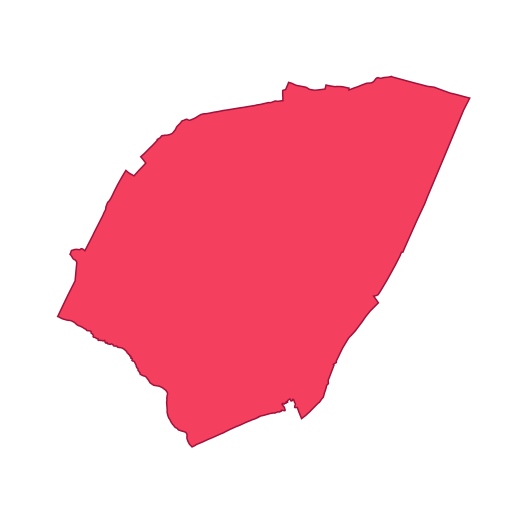 Gavanesti, Olt, Romania (orthographic projection), rotated 189°
{"feature_id": "2599482B13192402804767", "entity_name": "Gavanesti", "entity_type": "district", "adm_level": 2, "iso_a3": "ROU", "parent_name": "Romania", "parent_adm1": "Olt", "projection": "orthographic", "projection_center": [24.014, 44.415], "detail": "fine", "context": "isolated", "style": "filled", "palette": "rose", "viewbox_px": 512, "rotation_deg": 189, "n_neighbors": 0, "source": "geoboundaries", "source_scale": "gbopen_adm2", "svg_char_len": 6056}
<svg xmlns="http://www.w3.org/2000/svg" viewBox="0 0 512 512"><g transform="rotate(189 256 256)"><path d="M150.1,454.6L153.4,453.3L157.6,452.3L160.2,451.1L161.1,451.0L163.5,451.2L164.3,450.9L165.2,450.1L166.6,447.5L167.4,446.4L168.5,445.5L169.6,444.9L173.8,443.9L178.3,441.4L181.6,439.3L185.6,437.2L190.2,434.5L190.4,436.4L192.0,436.4L194.7,436.6L196.7,436.7L199.0,436.6L203.1,436.0L204.2,435.6L209.6,435.6L213.6,435.8L213.9,431.7L222.2,429.3L224.6,428.9L227.3,428.9L229.3,429.0L232.6,430.4L234.4,430.6L241.9,430.8L243.6,431.0L247.7,432.2L251.0,432.6L251.3,430.8L252.0,428.2L252.5,426.1L252.7,425.2L253.4,424.7L255.5,423.7L255.0,420.2L254.2,416.5L253.7,413.6L254.4,413.5L258.6,412.2L259.7,412.1L260.9,412.2L261.7,411.9L264.4,410.3L265.8,409.7L267.7,409.5L276.1,406.1L278.1,405.6L280.9,404.4L288.0,402.1L290.8,401.1L294.8,399.9L307.4,395.7L311.1,394.6L316.1,392.7L320.2,391.4L323.0,390.3L327.3,388.8L329.8,388.3L332.6,387.1L335.5,384.7L337.4,383.0L339.1,381.8L342.6,379.7L343.2,379.6L344.1,379.7L345.0,380.1L346.1,380.2L346.9,379.8L348.5,378.7L350.1,377.9L350.6,377.4L351.0,376.3L351.6,375.3L354.3,371.6L354.7,370.7L355.0,369.5L355.4,368.2L356.1,366.9L356.9,365.6L357.4,364.6L358.1,363.8L360.3,362.4L363.2,361.3L365.3,361.0L365.9,360.6L367.7,360.2L368.2,359.6L369.3,357.6L370.0,357.1L371.8,355.6L371.4,355.1L372.8,353.0L375.9,348.5L378.0,345.8L380.9,341.7L382.6,339.4L385.4,336.0L384.4,335.2L379.4,330.6L380.9,328.2L385.1,322.2L389.0,316.1L391.7,317.1L392.8,317.4L393.9,317.9L395.5,318.7L397.9,320.2L400.5,313.8L403.9,304.6L406.3,297.1L407.1,294.2L408.5,290.0L409.2,288.4L409.7,287.4L410.9,285.7L411.2,284.6L411.9,281.0L411.8,278.6L412.0,277.7L412.9,275.0L413.6,272.1L419.2,254.9L419.7,253.4L420.1,251.8L425.8,234.4L427.6,235.5L428.7,235.9L429.8,235.9L430.5,235.2L430.9,234.7L434.2,234.5L435.8,234.2L439.1,232.6L439.3,231.9L439.6,229.8L440.0,228.6L439.0,227.9L436.2,224.7L435.1,224.1L433.8,223.7L433.0,223.0L432.0,221.7L430.8,203.1L435.8,187.5L442.4,165.2L441.4,165.1L440.0,164.5L437.5,163.7L432.5,163.1L428.9,163.2L428.1,163.1L424.7,161.9L422.9,160.6L422.1,160.1L420.9,159.6L420.1,159.4L418.5,159.2L417.3,158.7L416.3,158.5L414.0,157.4L412.5,157.0L411.8,156.2L411.5,156.0L410.9,155.9L409.7,156.0L408.2,156.0L407.7,156.0L407.1,155.6L406.9,155.0L406.9,154.4L406.6,153.9L405.3,153.4L404.6,152.6L404.3,152.2L404.2,151.8L404.3,151.0L404.1,150.6L403.7,150.4L403.2,150.3L402.0,150.4L401.7,150.3L401.5,150.2L401.1,149.8L400.8,149.6L399.7,149.6L399.0,149.5L398.9,149.1L398.9,148.4L398.8,148.2L398.6,148.1L398.4,148.0L397.0,148.4L396.0,148.2L395.4,148.5L395.0,148.5L394.2,148.2L393.8,148.2L393.4,148.3L393.1,148.6L392.7,148.9L392.5,149.0L392.3,148.9L391.9,148.1L391.7,147.9L391.6,147.3L391.4,147.0L390.7,146.5L390.4,146.5L389.8,147.2L389.6,147.3L389.4,147.2L389.2,146.4L388.8,146.1L386.7,145.9L386.1,145.9L385.2,146.5L384.8,146.6L384.3,146.4L383.4,146.0L383.1,145.7L383.0,145.4L382.6,145.0L382.3,144.9L380.7,145.0L379.5,145.3L379.2,145.2L379.0,144.9L378.8,144.5L378.5,144.3L378.1,144.2L374.7,144.3L373.3,144.0L372.4,143.5L371.8,143.4L371.3,143.2L370.3,142.3L369.1,141.7L368.8,141.4L368.1,140.2L367.0,139.8L366.7,139.1L366.3,138.8L365.5,138.6L365.2,138.3L365.1,137.6L364.3,137.4L363.9,137.3L363.7,136.6L363.8,136.0L363.7,135.6L362.6,135.5L362.2,135.4L362.1,135.1L362.1,134.5L362.3,133.7L362.1,133.4L361.8,133.2L361.2,133.0L360.1,132.9L359.7,132.6L358.8,131.7L358.4,130.8L357.6,129.9L357.3,129.4L357.0,128.3L356.2,127.0L355.0,126.2L354.8,125.8L354.7,124.8L354.5,124.4L353.8,124.0L353.2,123.2L352.4,122.7L352.3,122.4L352.2,121.7L352.1,121.3L350.6,120.6L348.4,120.0L346.9,119.9L345.6,119.3L343.2,117.0L341.2,114.8L340.8,114.2L337.9,112.8L337.0,112.4L336.3,112.3L332.1,112.3L330.9,112.2L328.8,111.6L327.9,111.3L324.1,109.3L322.6,107.7L322.2,107.3L322.0,106.7L321.9,106.3L321.8,105.6L321.9,104.6L321.9,101.7L321.7,101.3L321.4,99.3L321.4,97.5L321.2,96.7L319.8,90.8L319.3,87.7L318.9,86.6L318.0,84.5L316.8,82.3L315.7,81.3L314.6,79.7L313.4,78.1L312.8,77.6L312.0,76.6L310.9,75.9L310.0,74.9L308.7,73.9L307.9,73.8L307.1,73.5L306.5,73.1L305.7,72.3L305.1,72.0L303.8,71.9L302.9,71.6L299.9,71.3L298.3,71.0L297.7,70.7L296.8,69.8L296.2,68.8L296.1,68.3L296.0,67.0L295.6,64.8L294.1,62.1L292.4,59.8L289.3,57.4L286.3,59.5L285.5,60.4L279.9,63.8L275.2,67.0L269.9,70.3L262.4,75.2L261.4,75.7L258.0,78.2L254.9,80.4L254.4,80.9L254.0,81.1L253.4,81.4L249.2,84.2L244.8,86.8L241.3,89.2L237.5,91.6L236.0,92.4L234.6,93.4L231.2,95.2L230.7,95.6L229.1,96.6L227.7,97.7L227.9,97.8L225.9,98.9L223.7,99.7L219.6,101.6L216.9,102.8L214.1,103.7L212.8,103.8L211.8,104.4L210.1,105.5L208.7,105.5L208.3,105.9L207.2,106.3L206.9,106.5L206.8,107.6L203.4,107.7L203.2,107.9L203.1,108.2L203.2,108.7L203.9,110.0L204.2,110.7L204.4,111.1L207.0,113.3L207.0,113.9L206.9,114.1L206.5,114.6L206.3,114.7L205.3,114.1L204.8,114.3L204.7,114.7L204.2,115.1L203.4,115.2L203.2,115.6L203.5,116.4L203.4,116.7L203.2,116.8L202.6,116.7L202.3,116.4L201.9,116.5L201.9,116.9L202.2,117.2L202.3,117.6L202.2,118.1L202.0,118.4L201.6,118.7L200.5,120.0L200.2,120.1L199.7,119.7L199.3,119.0L199.0,118.5L198.8,118.3L198.2,118.4L197.6,118.8L197.4,119.0L197.3,120.1L196.9,120.2L196.2,119.8L195.3,117.9L194.3,116.6L193.9,115.7L193.9,114.9L194.2,114.2L194.2,113.6L194.2,113.0L194.1,112.5L193.7,112.4L191.5,112.8L189.4,108.9L185.9,103.1L185.6,102.5L181.9,106.4L180.4,108.4L179.0,110.0L172.5,119.2L171.3,120.7L170.5,121.4L169.9,122.6L168.7,125.1L167.6,126.8L167.4,127.3L167.1,130.2L167.0,131.4L166.3,135.0L166.3,136.0L166.1,136.8L166.0,139.2L164.6,141.2L164.6,141.8L165.0,143.1L165.2,144.7L161.9,160.3L162.7,161.0L161.4,162.2L160.0,163.3L160.1,164.1L160.3,164.7L156.1,178.6L152.3,188.0L151.0,190.7L149.8,192.1L146.2,197.6L140.8,207.8L138.3,213.1L134.7,219.4L127.8,228.9L133.5,234.8L132.0,235.3L130.6,236.0L129.4,236.9L127.8,240.3L122.6,253.3L116.9,269.1L113.7,279.0L113.3,281.1L112.8,282.3L112.4,282.7L111.5,282.8L110.6,286.7L102.5,316.9L97.6,333.8L95.9,341.6L86.0,381.9L73.8,432.5L69.6,445.4L75.8,446.0L84.0,446.9L89.8,447.3L100.7,449.4L106.3,450.6L113.1,450.4L127.4,451.8L149.7,454.2L150.1,454.6Z" fill="#f43f5e" stroke="#9f1239" stroke-width="1.5"/></g></svg>